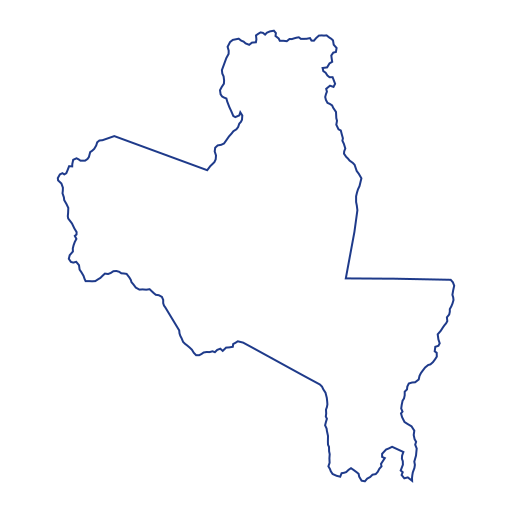 the district of Jaguariaíva, Paraná, Brazil
{"feature_id": "56859067B17690798383778", "entity_name": "Jaguariaíva", "entity_type": "district", "adm_level": 2, "iso_a3": "BRA", "parent_name": "Brazil", "parent_adm1": "Paraná", "projection": "orthographic", "projection_center": [-49.698, -24.34], "detail": "fine", "context": "isolated", "style": "outline", "palette": "blue", "viewbox_px": 512, "rotation_deg": 0, "n_neighbors": 0, "source": "geoboundaries", "source_scale": "gbopen_adm2", "svg_char_len": 4786}
<svg xmlns="http://www.w3.org/2000/svg" viewBox="0 0 512 512"><path d="M57.8,178.1L58.1,180.4L61.4,183.5L62.9,187.7L62.8,190.9L62.5,193.3L63.9,197.4L64.2,200.1L66.5,204.1L68.3,207.9L68.1,213.0L67.8,216.2L68.2,218.5L72.0,223.5L74.4,228.5L76.6,232.1L76.5,234.5L74.8,235.9L76.4,238.9L74.8,241.9L73.6,245.2L72.8,248.4L72.9,251.5L69.7,255.2L68.8,258.8L70.9,261.9L73.3,262.6L76.2,261.8L79.0,265.2L79.6,269.6L81.5,272.4L83.5,275.8L84.6,279.0L85.6,281.1L88.8,281.1L92.1,281.3L95.3,281.1L97.9,279.4L100.4,277.9L102.5,275.8L104.9,273.6L108.1,274.0L110.7,273.0L113.4,271.2L116.4,271.0L119.2,271.8L121.3,273.3L124.0,273.5L126.6,273.9L129.3,277.4L130.8,279.9L131.5,282.2L133.4,284.4L135.8,287.6L139.4,289.6L142.6,289.4L146.3,289.7L149.6,289.2L153.4,292.8L155.8,294.8L158.8,295.2L161.9,296.9L163.2,299.9L163.2,303.2L164.0,305.6L165.3,307.4L179.2,330.4L179.5,333.4L180.3,335.8L181.6,338.3L183.1,341.9L185.0,343.8L187.1,345.4L189.6,347.5L191.9,349.7L193.8,352.8L196.1,355.2L199.2,355.2L201.5,354.0L203.6,352.5L206.6,352.0L209.6,352.1L212.5,351.3L214.9,352.2L217.2,349.9L220.3,348.7L222.7,350.9L226.1,347.6L229.2,347.4L232.8,346.8L233.2,344.0L235.3,342.9L237.8,341.3L243.1,342.6L251.8,347.3L300.1,373.8L308.2,378.2L317.5,383.2L319.9,384.5L322.0,386.6L323.4,389.5L325.5,392.7L326.8,397.9L327.2,401.6L327.4,404.4L326.9,407.1L326.0,409.6L326.2,413.6L325.8,416.5L326.9,418.8L326.0,421.7L325.1,425.3L326.6,428.6L326.9,430.9L328.0,436.0L327.9,441.5L328.0,444.7L329.0,446.9L329.1,451.3L329.7,454.2L329.4,458.3L329.6,462.8L328.4,466.3L330.0,469.1L330.8,471.3L332.6,474.0L336.6,475.8L340.2,476.7L341.6,473.2L344.0,472.8L346.2,472.1L348.6,469.8L351.0,468.2L353.5,469.9L356.5,472.1L358.6,473.8L359.2,476.7L361.6,480.7L364.9,481.3L367.2,478.6L370.2,477.0L372.5,474.7L375.7,474.1L377.7,471.9L379.4,468.7L381.5,466.4L381.0,463.9L384.8,458.1L382.1,456.9L382.1,453.8L386.1,449.5L388.7,448.5L392.1,446.8L403.4,452.0L402.1,455.6L401.9,458.7L402.8,461.2L402.9,464.7L400.7,470.5L402.7,472.2L401.6,475.0L404.3,478.3L407.8,477.4L409.7,478.9L412.1,480.8L412.0,478.1L412.3,475.3L412.8,472.4L414.4,468.0L414.9,464.9L414.3,461.6L416.0,455.6L416.4,451.5L416.7,448.5L415.2,444.7L416.1,441.8L414.6,439.2L413.7,435.0L414.3,430.7L411.5,426.3L407.6,424.0L404.5,422.0L402.1,417.2L401.0,413.4L402.5,411.6L401.2,408.5L401.7,404.9L402.6,400.6L404.0,398.5L404.7,395.3L404.7,391.7L407.0,389.4L407.3,386.6L408.8,383.5L412.1,382.5L415.1,382.3L418.7,379.5L419.5,375.9L420.9,373.1L422.8,370.5L425.1,367.5L428.2,365.0L430.4,364.4L432.9,362.2L435.0,359.4L436.8,356.6L436.7,352.8L434.7,351.3L435.3,346.8L438.4,345.8L439.7,343.3L438.4,339.4L437.7,334.3L440.6,331.0L443.0,327.3L444.5,325.2L446.1,323.3L447.3,321.1L446.9,317.3L449.2,314.5L449.8,311.8L449.8,309.1L451.3,306.4L452.5,303.5L453.5,300.0L453.2,297.4L452.4,294.8L453.2,290.2L454.2,285.7L452.9,282.3L450.7,279.8L394.6,278.7L392.2,278.7L345.8,278.4L354.4,232.0L357.4,210.2L356.8,205.5L356.1,202.0L356.1,196.3L357.0,192.5L358.0,189.3L359.5,186.1L361.4,178.3L358.8,173.8L356.7,171.0L354.6,164.8L352.8,162.9L349.6,160.6L347.9,158.5L346.2,156.9L344.0,153.7L344.2,151.3L345.3,148.5L343.9,143.9L342.4,140.7L342.9,138.3L341.8,134.4L340.8,130.5L338.5,129.3L336.3,124.7L337.0,120.8L336.3,118.1L336.0,112.0L333.2,107.8L332.1,105.4L329.8,103.9L327.5,102.9L325.9,99.9L325.2,97.0L326.0,94.0L326.9,91.7L326.2,88.8L330.0,85.7L333.5,86.9L335.1,83.8L332.6,77.2L329.5,77.2L327.4,75.5L325.6,72.7L323.3,71.1L322.6,68.0L327.1,67.4L329.5,63.4L332.2,61.8L331.7,58.6L331.3,55.5L333.3,52.6L335.9,52.0L336.6,48.0L333.7,44.7L333.0,40.4L331.3,38.8L329.4,37.6L326.6,35.4L323.9,35.6L321.7,35.4L318.9,35.6L316.2,38.0L313.9,40.7L311.5,40.6L310.0,38.1L306.5,38.8L300.9,38.9L298.8,37.3L296.5,37.7L294.0,38.4L291.8,39.1L289.5,39.0L286.8,41.2L283.6,40.8L279.8,40.8L278.7,38.5L275.5,36.0L275.9,33.1L273.9,30.7L269.9,31.4L266.9,32.7L265.1,34.6L263.0,32.9L260.6,32.4L258.4,33.7L256.0,35.4L256.4,39.4L255.9,42.3L252.0,42.6L249.2,44.8L245.6,43.4L243.6,41.6L241.3,40.7L238.7,38.7L232.8,39.9L230.1,42.0L227.6,46.8L228.7,50.7L228.6,53.9L226.3,58.1L223.6,65.5L221.9,70.1L222.3,73.6L223.6,76.4L224.1,80.5L223.9,83.7L221.7,87.0L220.0,90.2L220.6,94.3L222.1,96.5L224.1,97.6L226.4,98.5L227.2,101.5L229.4,107.2L231.4,111.5L233.3,116.0L235.3,117.1L239.3,115.4L240.3,112.3L242.3,115.5L242.0,119.7L240.9,121.9L239.3,123.6L238.1,127.1L236.4,129.3L233.4,131.2L231.6,133.5L229.0,136.4L226.0,140.7L224.0,143.5L221.2,144.8L217.7,145.4L215.2,147.7L214.7,151.4L216.0,155.5L215.7,159.3L214.4,162.1L212.5,164.0L210.3,166.1L207.2,170.2L114.3,136.1L102.5,140.2L99.4,140.5L97.2,142.3L96.2,145.5L94.2,148.9L92.1,150.8L90.2,152.1L88.9,157.0L87.5,159.0L85.0,160.7L80.5,160.7L78.7,159.4L76.5,158.3L73.2,159.8L72.3,164.0L72.2,166.4L69.1,166.2L67.6,170.1L66.3,173.2L64.3,174.4L62.4,173.2L59.9,174.4L57.8,178.1Z" fill="none" stroke="#1e3a8a" stroke-width="2"/></svg>